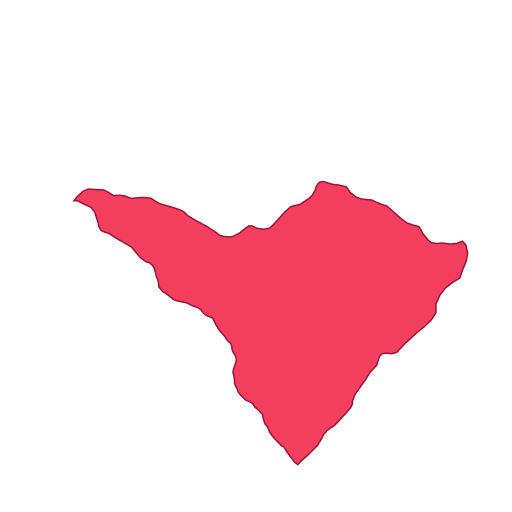 Gasetsho Gom, Wangdi Phodrang, Bhutan (Natural Earth projection), rotated 38°
{"feature_id": "84629894B12235536926610", "entity_name": "Gasetsho Gom", "entity_type": "district", "adm_level": 2, "iso_a3": "BTN", "parent_name": "Bhutan", "parent_adm1": "Wangdi Phodrang", "projection": "natural_earth1", "projection_center": [89.875, 27.432], "detail": "fine", "context": "isolated", "style": "filled", "palette": "rose", "viewbox_px": 512, "rotation_deg": 38, "n_neighbors": 0, "source": "geoboundaries", "source_scale": "gbopen_adm2", "svg_char_len": 3088}
<svg xmlns="http://www.w3.org/2000/svg" viewBox="0 0 512 512"><g transform="rotate(38 256 256)"><path d="M409.5,117.3L406.4,122.6L401.4,127.2L394.8,131.1L390.8,134.8L386.2,137.5L381.3,137.5L377.8,136.4L374.6,136.0L369.6,133.7L366.1,132.6L360.8,134.9L354.4,137.1L347.4,137.2L333.9,136.4L328.6,136.0L322.3,138.3L316.2,139.9L312.7,140.6L308.1,143.7L303.5,146.3L298.6,147.9L290.8,147.9L286.5,146.4L284.4,146.0L277.7,149.0L272.1,152.5L267.1,154.4L263.2,155.9L261.4,157.8L260.4,159.7L260.4,163.2L262.2,168.1L262.9,173.8L262.2,178.4L260.4,183.7L259.0,188.3L255.1,192.9L253.0,195.9L251.6,203.9L250.5,219.6L249.5,225.7L245.6,230.2L239.3,233.7L234.3,234.8L231.8,236.7L230.4,241.3L229.0,247.8L226.2,254.1L224.1,256.8L221.2,258.7L218.4,260.6L214.2,262.1L208.9,262.1L199.3,262.9L186.3,265.2L177.4,266.3L172.5,265.6L169.6,266.0L165.7,267.1L160.5,269.0L148.1,274.0L142.4,274.8L137.5,275.2L130.4,279.8L125.5,284.3L122.3,287.4L115.9,289.3L111.3,292.0L106.4,296.2L101.1,296.6L95.4,297.7L82.4,306.7L79.9,311.6L78.5,319.7L78.5,324.5L80.5,322.9L82.5,322.1L88.8,321.0L95.1,319.4L96.5,319.4L102.1,320.7L105.8,323.4L111.8,327.5L113.8,329.4L118.2,331.2L122.0,330.4L125.9,328.8L135.2,328.0L147.5,326.2L152.4,325.6L159.7,327.2L165.7,328.5L173.0,328.2L176.2,326.9L181.0,327.2L184.4,329.0L190.5,333.7L194.2,335.8L198.5,340.2L204.4,341.5L207.5,341.1L210.4,340.9L213.8,341.0L217.8,341.1L220.7,340.3L223.2,339.0L225.9,337.8L228.6,336.3L231.1,335.4L236.9,334.3L241.1,332.7L242.6,332.4L246.1,332.3L247.4,332.8L249.8,333.4L253.3,333.4L255.5,332.9L259.1,331.7L260.7,331.9L263.9,333.4L265.7,334.4L267.4,335.2L269.4,335.8L271.0,336.6L274.6,337.5L278.3,338.1L280.9,338.7L283.2,339.5L286.0,340.2L290.0,340.5L292.2,341.9L293.4,343.1L295.5,345.0L298.0,346.2L299.6,346.7L302.2,348.0L303.9,349.2L304.8,350.5L305.8,352.6L306.6,355.3L308.2,359.7L309.7,362.1L311.6,363.5L313.8,365.3L315.4,367.0L317.3,369.4L319.8,370.9L323.2,372.5L326.0,374.2L329.2,375.0L330.8,375.3L334.6,375.6L336.2,375.9L337.6,375.6L340.4,374.8L342.9,374.4L344.7,374.5L348.3,375.8L353.8,376.0L356.6,376.5L359.6,377.2L360.5,378.7L362.3,380.0L366.5,382.8L370.7,383.7L375.1,386.4L377.0,386.9L380.7,388.0L388.8,389.3L391.9,389.7L393.8,389.7L395.3,389.2L397.0,389.9L400.3,391.2L402.3,391.7L406.1,392.9L409.7,393.6L413.0,394.7L417.4,394.7L417.8,389.5L419.5,380.6L421.1,367.3L420.8,365.0L420.4,361.6L419.9,358.4L419.1,354.7L419.5,352.0L419.3,349.9L420.0,348.0L420.7,345.3L422.1,341.6L422.6,337.3L423.0,332.1L423.2,328.7L423.6,325.9L423.7,322.9L423.8,320.3L424.0,317.0L423.2,313.6L421.4,311.0L420.5,307.9L419.4,305.0L419.1,302.0L419.1,299.8L418.9,296.1L418.7,293.9L418.5,286.6L417.5,277.2L418.4,267.8L416.6,262.9L416.0,261.5L415.3,259.9L415.2,257.4L415.8,255.0L416.9,253.8L418.0,252.8L419.9,251.5L421.5,250.5L423.2,249.3L424.9,247.2L426.4,244.7L426.4,242.2L426.8,239.9L426.8,238.3L427.2,235.2L427.4,232.9L427.9,230.2L428.3,227.9L430.0,217.0L432.1,208.0L433.5,198.3L432.8,190.1L427.4,183.0L425.0,173.6L425.0,164.9L427.1,156.0L430.2,147.9L427.3,139.5L424.7,130.3L420.9,123.2L414.5,118.1L411.1,117.4L409.5,117.3Z" fill="#f43f5e" stroke="#9f1239" stroke-width="1.5"/></g></svg>